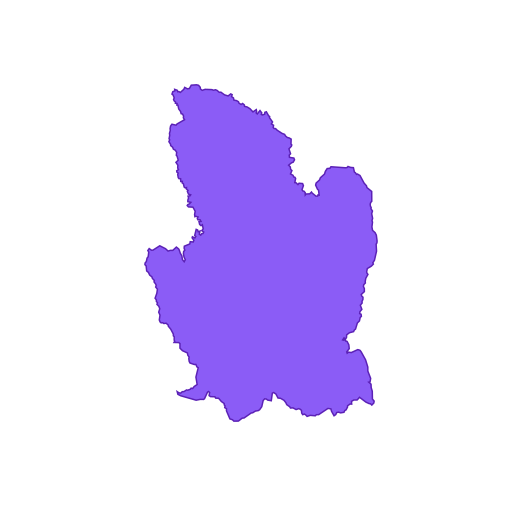 outline of Cachoeira do Sul, Rio Grande do Sul, Brazil, rotated 153°
{"feature_id": "56859067B94054862444649", "entity_name": "Cachoeira do Sul", "entity_type": "district", "adm_level": 2, "iso_a3": "BRA", "parent_name": "Brazil", "parent_adm1": "Rio Grande do Sul", "projection": "robinson", "projection_center": [-52.981, -30.236], "detail": "fine", "context": "isolated", "style": "filled", "palette": "violet", "viewbox_px": 512, "rotation_deg": 153, "n_neighbors": 0, "source": "geoboundaries", "source_scale": "gbopen_adm2", "svg_char_len": 6129}
<svg xmlns="http://www.w3.org/2000/svg" viewBox="0 0 512 512"><g transform="rotate(153 256 256)"><path d="M172.8,346.1L174.3,347.4L175.2,349.5L175.3,351.4L177.2,353.5L180.0,358.4L180.7,360.6L181.9,361.3L182.4,362.6L181.0,364.5L182.3,366.7L180.4,367.9L181.2,373.1L180.5,374.1L181.1,375.2L181.3,379.8L182.9,380.0L183.9,378.4L186.3,378.8L187.0,379.7L185.9,380.9L186.4,383.8L190.4,382.0L190.9,383.4L189.8,384.5L189.3,386.3L193.3,385.8L194.5,390.0L196.3,392.9L198.3,394.5L197.8,395.9L198.7,398.0L200.5,397.8L201.8,400.0L201.6,401.4L202.8,403.3L204.9,404.9L204.3,407.1L205.4,409.1L204.0,410.6L204.9,411.9L208.2,411.3L210.9,413.9L212.9,417.9L214.4,418.5L215.5,421.2L216.6,422.5L218.6,423.0L219.8,424.3L225.7,427.6L228.7,428.0L229.7,430.0L229.1,431.7L229.7,434.2L231.2,435.5L236.1,437.6L239.3,435.5L241.2,436.1L243.0,438.6L244.6,437.3L249.2,436.1L250.1,437.6L251.1,437.8L251.0,439.5L252.8,441.4L253.3,440.0L255.5,440.2L257.4,438.4L256.8,437.1L257.1,434.0L258.4,432.9L258.5,431.4L257.8,429.8L258.5,428.7L257.1,427.7L258.0,426.4L257.1,425.8L258.1,422.1L257.6,419.0L258.1,416.8L257.0,415.8L257.0,413.6L258.0,412.1L257.8,409.9L266.4,409.5L267.9,408.9L271.1,411.6L273.1,410.6L274.8,408.4L275.4,406.7L277.4,404.6L278.1,402.7L280.2,400.0L280.2,398.7L281.7,397.4L281.4,394.4L281.9,393.1L280.9,390.8L281.1,388.7L279.9,386.9L279.6,384.4L281.3,381.9L281.0,380.8L281.8,376.7L284.8,375.8L284.4,372.4L285.8,370.0L285.9,368.2L288.0,367.9L288.4,366.6L287.7,365.2L288.8,364.1L289.7,361.1L289.5,359.9L288.1,359.1L289.2,356.6L287.8,355.9L288.6,354.7L287.9,353.4L288.7,350.0L288.1,348.8L286.9,348.5L287.6,347.4L286.8,345.3L287.8,344.8L288.1,341.8L286.4,340.2L287.3,339.6L289.4,340.2L289.7,338.4L291.3,336.8L292.1,335.3L289.7,333.4L291.6,332.7L293.4,332.8L294.4,332.2L293.9,330.4L290.0,328.1L289.9,323.5L291.9,320.8L292.6,318.8L291.6,318.7L289.9,317.1L291.3,316.0L291.4,314.7L289.4,313.7L289.3,311.8L291.2,312.5L291.9,309.7L291.2,308.0L289.6,308.2L290.7,304.2L292.8,303.2L291.7,301.1L293.0,300.1L294.3,300.5L295.8,299.7L296.6,301.2L294.6,303.6L296.5,303.8L296.2,305.7L297.2,306.9L301.3,302.1L300.8,300.7L302.3,299.8L303.9,302.0L304.7,301.2L304.2,298.2L305.6,297.0L308.1,298.6L309.5,296.8L315.4,297.3L316.5,295.6L316.8,293.5L318.4,292.9L319.6,291.1L320.6,287.8L320.7,284.8L322.6,283.5L323.2,286.2L322.0,289.7L322.2,292.8L321.7,296.1L321.7,297.4L322.9,300.1L327.6,298.8L329.7,299.9L332.1,300.3L333.3,303.6L337.1,308.8L345.3,308.0L346.5,308.6L347.8,311.1L349.9,310.0L349.8,308.2L352.4,304.3L354.0,303.6L356.2,300.9L358.0,300.1L358.9,298.7L358.4,297.0L360.2,292.3L359.3,290.2L359.4,287.3L358.2,284.6L358.5,283.0L357.7,280.3L358.6,279.2L358.1,276.3L358.4,274.9L359.5,273.9L358.9,271.2L361.3,267.8L365.1,264.2L364.7,262.2L365.4,260.8L365.0,259.0L366.2,257.9L365.4,255.3L365.7,252.7L368.2,250.1L368.4,246.9L371.2,242.9L371.4,240.8L370.9,239.5L369.4,238.9L368.8,237.7L366.6,236.9L365.6,234.4L366.0,233.1L365.2,229.6L365.1,224.0L365.9,222.4L365.5,221.2L367.1,218.2L367.1,217.0L368.3,216.2L364.1,213.9L363.5,212.5L365.6,208.4L364.5,205.0L361.1,200.7L361.8,198.7L361.5,196.3L362.5,195.0L363.4,192.4L363.4,190.6L360.2,187.3L358.8,186.7L359.0,184.0L358.2,182.7L364.5,175.4L366.8,168.2L370.3,167.8L372.6,166.7L373.8,167.7L374.9,167.1L377.7,167.4L378.7,168.2L381.8,167.9L383.3,168.6L385.3,168.0L386.8,169.1L387.8,170.9L388.4,168.2L386.5,165.6L374.8,154.7L370.9,153.6L367.8,152.0L366.7,152.2L361.0,156.7L359.8,156.8L359.3,155.4L361.2,152.9L360.3,151.3L356.5,149.2L356.5,147.7L353.9,146.2L352.9,142.0L351.3,139.0L351.9,137.8L351.6,136.5L352.7,135.1L351.6,133.4L352.6,131.5L353.2,122.7L351.3,120.8L350.7,118.9L346.6,116.9L341.9,117.8L340.2,117.1L331.5,118.3L330.1,117.8L326.9,118.1L324.1,117.2L322.5,117.4L319.3,119.1L315.2,124.0L313.1,124.8L311.6,123.7L311.1,122.4L308.1,120.1L303.7,126.4L302.2,126.3L300.9,123.9L300.9,119.5L298.8,118.1L296.6,114.8L296.0,111.8L296.1,109.6L294.4,106.4L294.3,104.9L292.0,103.9L290.0,101.0L287.2,100.6L286.2,99.4L285.6,97.8L286.6,95.3L286.4,93.4L284.7,93.2L283.9,92.0L283.3,89.9L280.0,89.4L275.7,86.7L274.2,87.2L272.2,86.2L261.1,87.5L258.7,85.8L259.2,83.3L259.0,78.2L256.9,78.5L255.2,79.9L253.4,79.4L251.8,77.8L248.6,76.8L247.0,78.0L245.6,78.0L243.1,79.8L242.4,81.0L239.3,81.4L238.0,80.6L236.9,83.1L234.3,83.3L231.2,81.8L227.9,83.1L224.4,75.9L222.2,73.1L221.1,72.4L220.5,70.6L217.8,71.5L216.6,73.1L217.2,75.7L213.8,82.7L213.1,86.5L211.7,89.6L212.8,92.4L211.5,92.1L209.4,94.9L208.6,102.7L206.8,106.3L205.5,113.8L205.8,122.7L206.1,124.6L207.0,125.7L207.9,126.4L214.9,126.7L217.2,128.3L218.9,128.0L218.7,129.4L215.0,131.1L213.6,134.7L213.6,138.5L214.7,139.6L214.1,141.5L212.5,142.1L211.0,144.6L207.5,145.2L203.4,144.3L202.0,145.4L200.5,145.7L196.1,150.3L193.3,151.2L191.1,153.9L189.5,154.4L188.8,156.4L189.8,157.6L188.7,159.2L185.9,160.4L185.4,164.8L182.8,165.9L182.1,167.5L180.5,168.7L179.4,170.7L180.0,172.3L179.7,173.9L175.6,175.1L174.2,177.9L174.2,179.9L173.1,181.5L170.8,182.3L170.2,183.8L168.3,186.3L164.6,188.8L164.9,190.6L164.5,191.8L162.5,194.3L157.8,194.6L155.1,195.5L155.0,196.9L152.4,198.4L146.4,205.6L143.6,212.0L142.3,212.8L141.3,214.4L139.3,220.0L139.3,222.8L140.5,225.9L139.5,229.3L136.8,233.3L136.6,234.8L135.0,236.6L133.7,241.2L131.8,243.2L132.1,245.9L131.4,246.9L131.4,248.6L130.7,250.4L129.5,251.6L128.0,252.2L123.6,261.0L126.1,266.6L125.7,268.4L126.6,271.9L126.8,280.5L128.4,283.0L129.4,283.1L129.6,285.0L130.2,286.1L129.1,290.5L131.5,292.0L133.4,294.0L134.5,293.5L135.9,293.8L148.7,301.5L150.3,300.6L152.9,301.6L155.7,300.0L157.8,297.9L163.1,296.5L164.9,294.9L169.3,293.7L170.7,292.1L170.9,287.6L170.4,286.3L172.1,281.6L173.0,282.3L173.9,281.4L175.4,282.1L177.4,286.6L177.5,287.8L179.9,287.0L183.2,288.5L184.4,288.0L183.4,290.1L183.8,291.9L184.8,292.8L184.9,294.2L181.8,297.2L181.6,299.4L184.6,301.3L186.2,300.6L187.2,303.3L188.1,303.8L185.5,307.1L185.6,308.5L186.5,309.3L186.4,311.1L188.0,313.5L185.2,315.8L185.8,317.5L185.0,319.8L185.7,322.1L182.0,322.9L180.3,322.7L178.0,324.2L177.8,326.1L181.4,328.7L180.6,330.8L178.8,331.4L178.0,336.5L174.7,337.7L173.7,338.7L174.0,339.9L171.6,344.2L172.8,346.1ZM214.1,141.5L215.9,141.0L216.9,141.9L214.7,143.1L214.1,141.5Z" fill="#8b5cf6" stroke="#5b21b6" stroke-width="1.5"/></g></svg>